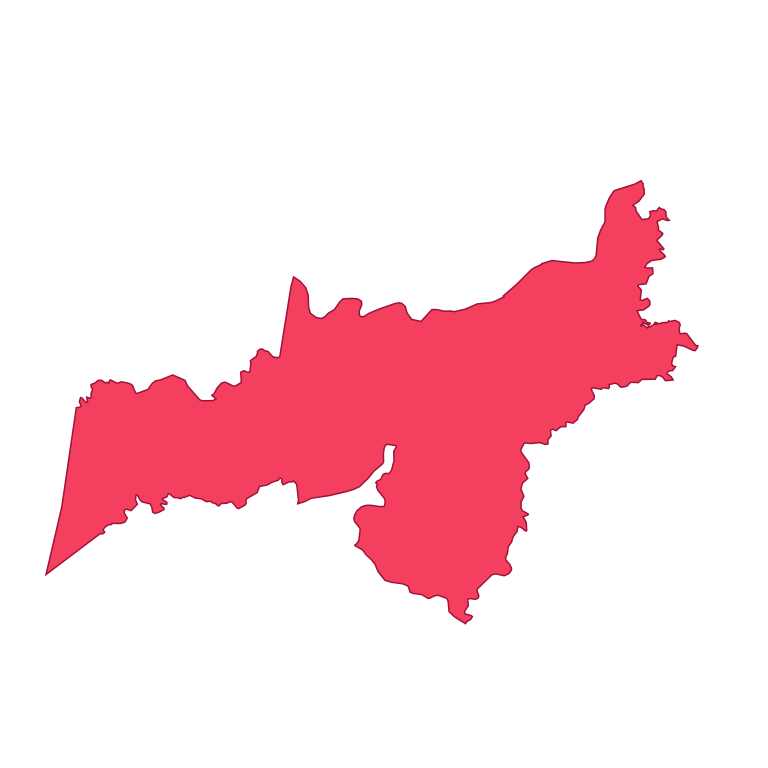 outline of Pinillos, Bolívar, Colombia, rotated 99°
{"feature_id": "7082276B11088178486316", "entity_name": "Pinillos", "entity_type": "district", "adm_level": 2, "iso_a3": "COL", "parent_name": "Colombia", "parent_adm1": "Bolívar", "projection": "natural_earth1", "projection_center": [-74.401, 8.864], "detail": "fine", "context": "isolated", "style": "filled", "palette": "rose", "viewbox_px": 768, "rotation_deg": 99, "n_neighbors": 0, "source": "geoboundaries", "source_scale": "gbopen_adm2", "svg_char_len": 6158}
<svg xmlns="http://www.w3.org/2000/svg" viewBox="0 0 768 768"><g transform="rotate(99 384 384)"><path d="M425.2,667.0L427.9,669.2L430.4,673.3L432.3,673.0L434.5,671.1L439.9,671.8L442.9,671.0L444.0,672.0L443.5,675.6L448.3,673.9L448.8,674.6L448.4,676.2L445.2,679.8L444.9,681.6L449.3,682.1L453.2,679.5L454.5,680.9L455.5,684.2L555.6,683.0L625.0,688.0L576.2,640.9L576.2,639.0L574.8,637.0L573.6,636.8L572.9,638.1L571.5,638.5L569.4,637.5L566.1,634.2L565.6,631.6L564.0,630.1L563.0,622.5L560.9,618.3L556.6,616.6L551.9,620.4L549.4,620.8L547.8,618.6L548.7,614.0L541.4,608.8L537.1,611.4L532.5,611.6L532.6,610.0L536.9,606.6L538.3,604.4L539.0,596.1L542.4,593.9L546.8,592.4L547.6,590.0L546.4,587.1L542.5,581.7L540.9,582.0L538.9,585.2L537.8,585.8L537.0,585.0L537.1,580.7L536.5,579.7L534.9,579.9L532.5,585.1L531.4,584.4L529.6,580.9L526.1,579.8L526.1,578.6L529.1,573.5L528.6,570.8L529.1,566.9L527.3,564.9L527.3,563.2L525.9,561.8L525.7,560.3L524.4,559.3L524.5,557.9L526.2,552.3L525.9,546.5L528.0,541.3L526.9,536.7L528.0,535.3L528.6,531.4L530.3,529.0L529.8,527.4L527.5,526.2L526.4,520.7L524.5,517.8L524.4,515.6L529.2,510.1L529.8,507.9L525.1,502.1L523.3,501.4L520.8,502.2L518.8,501.8L511.1,492.3L504.7,490.9L502.0,483.6L498.7,479.5L495.6,473.5L493.0,471.9L493.9,470.0L497.1,469.5L499.3,467.9L495.6,462.7L495.1,459.4L493.8,458.3L496.8,454.5L511.9,450.3L515.8,450.5L512.6,444.0L508.2,437.9L502.8,420.6L496.5,405.2L492.9,397.6L489.2,392.1L479.8,385.0L471.8,380.4L463.4,373.2L461.3,372.2L452.6,373.7L447.0,373.8L443.4,372.4L443.0,369.5L443.0,362.3L444.4,362.0L448.9,363.9L458.0,362.1L468.0,363.1L471.5,364.8L472.1,368.8L473.6,370.8L478.8,372.4L481.1,375.7L482.7,376.7L484.3,375.0L486.8,375.2L489.6,373.7L497.2,365.5L500.3,364.3L504.0,364.5L505.0,364.9L505.7,368.9L505.9,378.8L506.7,382.7L508.7,386.8L513.1,390.7L517.7,392.4L521.6,392.8L524.4,391.5L530.3,385.1L532.1,384.7L542.2,384.4L546.1,386.0L547.7,387.6L548.3,387.3L551.1,379.4L555.5,374.9L559.4,369.1L563.1,364.9L570.3,360.4L577.7,352.5L578.7,345.3L578.4,334.8L579.3,330.0L580.6,328.0L585.6,325.7L586.3,322.0L586.1,313.5L588.9,307.1L588.2,304.9L585.2,300.8L584.2,297.6L585.8,288.6L588.2,286.8L598.7,284.1L602.9,278.0L608.0,266.0L605.5,264.9L603.2,261.7L599.9,260.3L599.0,261.7L598.5,267.2L597.6,268.5L595.5,268.7L589.8,266.0L583.7,267.7L582.4,265.4L582.4,260.2L580.7,257.5L578.7,257.1L573.5,259.8L571.6,259.6L555.4,247.4L554.0,243.7L554.6,235.3L551.8,231.0L548.1,229.1L546.0,229.2L542.5,231.6L538.9,236.0L536.5,236.8L531.9,235.6L525.2,235.8L520.4,233.4L514.4,232.5L509.1,229.6L503.7,229.3L504.0,226.5L507.0,221.4L506.5,220.1L498.3,221.9L493.3,225.9L490.9,221.3L489.8,221.2L487.5,227.7L484.9,229.3L479.0,230.1L473.0,228.2L466.3,232.4L460.2,231.7L454.8,227.2L450.4,230.6L448.4,230.3L445.8,227.9L444.2,227.4L439.3,228.5L429.6,238.1L427.5,238.6L420.9,236.5L420.1,235.2L419.9,229.9L417.5,221.0L418.4,215.7L417.7,212.7L413.3,213.3L409.1,210.8L403.8,212.4L402.2,210.4L403.2,206.7L399.1,203.3L398.1,201.1L397.8,197.7L393.7,198.2L392.8,197.3L393.1,191.2L388.8,187.4L385.8,186.9L378.2,182.7L373.2,181.9L371.4,179.0L365.7,174.2L362.7,174.4L357.3,178.2L355.0,177.8L355.2,168.5L353.9,167.9L353.2,166.1L353.4,161.5L352.2,160.8L349.4,161.7L347.0,155.8L347.3,153.8L350.1,149.6L349.4,146.8L348.0,143.6L344.5,141.4L343.6,139.9L342.9,133.1L339.1,130.0L336.8,116.7L333.4,115.9L332.7,114.5L332.5,113.0L333.5,110.1L336.7,106.5L334.8,99.1L332.1,101.2L329.7,105.8L328.9,106.1L326.5,104.8L325.7,101.1L321.3,98.8L320.9,101.7L318.6,103.2L313.0,102.7L311.3,101.5L311.1,100.3L299.4,100.6L299.6,93.9L302.5,83.8L302.3,81.8L299.1,80.2L297.0,80.0L297.2,82.2L286.8,93.0L286.8,95.1L287.9,98.5L287.6,99.9L283.0,101.2L279.0,100.7L276.8,102.4L275.7,106.4L277.5,111.7L277.1,112.8L278.7,113.4L280.1,119.4L280.8,119.7L281.3,122.1L280.7,125.9L281.1,126.1L281.5,123.9L282.6,124.2L282.5,126.4L285.7,129.6L285.8,132.1L286.7,131.7L287.4,132.8L285.4,136.5L285.5,138.8L286.1,138.6L286.5,139.2L284.8,139.7L285.4,139.3L284.9,137.9L283.3,138.4L282.3,137.8L283.3,137.0L284.2,132.5L283.9,131.0L282.4,130.5L281.9,131.8L282.5,133.5L280.0,135.5L279.6,137.6L280.1,139.0L279.3,140.5L272.0,145.6L270.2,139.2L265.5,134.4L263.4,133.7L260.2,134.7L258.2,137.4L261.2,142.3L260.9,144.1L250.9,144.5L247.5,148.7L245.9,147.6L244.1,140.8L236.1,139.1L232.9,135.6L227.3,136.9L228.3,142.3L227.8,144.7L223.9,143.0L220.2,139.0L217.4,129.8L214.3,126.1L212.8,127.1L209.2,132.4L208.1,132.9L207.4,132.7L207.8,130.3L207.6,129.1L206.8,128.7L199.4,137.1L193.5,132.6L191.7,132.2L188.7,137.5L186.9,137.1L181.0,139.8L177.8,135.6L177.4,133.9L178.3,130.1L177.7,127.9L174.8,131.5L169.9,132.5L167.9,134.7L167.8,137.6L166.6,139.8L170.4,141.9L170.9,145.6L172.2,148.3L176.4,147.1L179.5,148.8L181.2,154.7L180.7,155.5L173.6,162.2L170.5,163.0L168.5,166.2L163.5,160.8L155.6,156.6L150.2,157.8L148.2,159.1L145.7,159.3L143.0,161.9L147.3,167.5L157.1,187.0L164.8,190.5L173.4,192.7L176.6,193.0L189.3,191.1L198.1,194.1L206.3,195.7L224.0,194.6L227.3,195.7L230.1,197.9L232.7,204.6L234.6,214.3L235.8,237.5L240.4,246.9L241.0,246.7L245.5,253.6L248.2,256.5L265.0,268.7L278.4,280.0L279.2,279.1L284.5,286.7L286.9,291.4L290.3,304.4L297.2,315.1L301.5,325.7L301.5,329.9L302.7,335.7L302.2,343.4L303.0,348.3L316.4,357.2L315.9,366.7L310.2,372.4L304.2,375.0L301.6,379.0L301.4,381.7L302.9,386.0L310.6,400.2L316.4,409.7L320.3,414.1L321.2,417.0L320.1,418.9L316.1,419.9L309.4,418.4L306.0,419.1L304.2,422.4L304.4,428.7L306.4,438.0L310.3,440.8L318.2,444.6L322.7,450.0L327.1,453.1L329.1,456.1L329.0,461.3L325.7,467.7L320.1,470.4L308.0,472.8L301.2,476.3L295.8,482.7L292.4,490.0L302.4,491.1L373.2,491.2L374.6,492.6L374.6,498.0L369.9,503.8L369.9,506.6L368.4,510.1L369.3,512.2L371.5,514.1L373.9,513.8L376.9,514.6L381.8,519.6L385.0,518.7L393.2,518.4L393.7,520.8L392.8,524.4L394.7,527.3L404.8,525.2L409.0,530.2L409.7,532.4L407.2,540.3L407.2,542.1L408.7,544.8L413.7,548.0L420.1,550.3L422.2,552.3L424.9,547.6L427.2,550.4L429.0,560.7L428.4,563.6L416.7,577.6L411.5,581.2L408.1,594.1L414.7,604.9L416.6,610.1L419.5,612.9L426.3,616.3L432.0,626.5L431.7,627.9L424.9,632.1L423.8,633.9L423.1,637.5L422.9,643.9L425.1,647.5L422.8,654.6L423.5,655.7L426.4,655.7L425.6,657.7L426.5,659.3L424.5,663.7L425.2,667.0Z" fill="#f43f5e" stroke="#9f1239" stroke-width="1.5"/></g></svg>